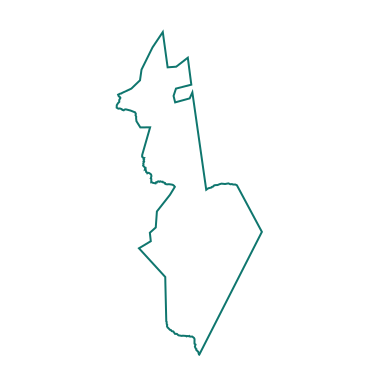 the district of Imbonggu District, Southern Highlands, Papua New Guinea, rotated 83°
{"feature_id": "67681753B40256229749398", "entity_name": "Imbonggu District", "entity_type": "district", "adm_level": 2, "iso_a3": "PNG", "parent_name": "Papua New Guinea", "parent_adm1": "Southern Highlands", "projection": "orthographic", "projection_center": [143.894, -6.148], "detail": "fine", "context": "isolated", "style": "outline", "palette": "teal", "viewbox_px": 384, "rotation_deg": 83, "n_neighbors": 0, "source": "geoboundaries", "source_scale": "gbopen_adm2", "svg_char_len": 2072}
<svg xmlns="http://www.w3.org/2000/svg" viewBox="0 0 384 384"><g transform="rotate(83 192 192)"><path d="M354.3,204.6L285.6,158.2L240.1,127.5L205.0,141.1L190.8,146.6L189.9,148.0L189.6,150.3L189.0,151.4L189.0,153.0L187.9,154.8L188.1,158.2L187.3,161.7L187.6,163.6L188.2,165.8L188.0,168.3L188.3,169.5L189.1,170.2L189.4,171.7L189.9,172.1L190.3,175.4L191.5,177.6L93.2,179.5L98.8,182.9L101.0,197.8L94.4,198.6L87.4,195.3L85.4,179.6L58.2,179.8L65.7,192.4L65.3,201.0L29.7,201.5L43.7,213.6L64.4,227.2L74.8,230.0L82.0,239.6L85.2,249.5L85.6,250.0L85.6,251.2L86.4,253.5L88.2,253.0L88.5,252.3L89.9,251.6L91.8,253.0L93.7,253.2L94.9,254.7L96.7,256.1L99.1,256.5L100.3,255.0L100.3,253.4L101.2,251.6L102.0,251.2L102.6,249.8L102.0,249.0L101.9,247.6L103.7,243.0L104.7,241.2L106.0,238.8L107.6,238.2L108.9,238.7L110.4,238.2L112.0,238.5L115.0,238.5L121.6,235.4L122.7,225.7L149.1,236.9L150.9,237.2L152.0,236.3L152.4,235.3L153.4,236.1L154.2,235.6L155.7,236.4L156.1,235.9L157.7,236.9L158.9,236.8L159.8,237.3L160.8,236.7L162.2,235.5L163.5,235.9L163.1,235.2L165.1,235.3L165.5,235.1L166.5,235.1L167.3,234.3L167.9,234.1L167.5,233.4L168.1,232.0L169.6,230.5L171.2,230.3L172.3,230.8L173.0,230.9L173.5,231.3L174.2,230.8L177.4,231.3L177.4,230.6L178.1,229.8L179.0,227.1L178.1,226.6L178.3,225.8L177.7,225.4L177.3,224.2L177.9,223.2L177.5,222.3L178.1,221.3L178.2,219.9L178.8,219.7L179.1,218.9L179.8,217.7L180.4,217.8L181.1,216.8L181.4,215.5L181.4,214.5L181.6,213.2L182.3,210.8L182.7,210.0L183.7,209.0L184.8,208.4L192.1,214.2L207.0,229.2L222.8,232.3L227.3,238.8L235.8,238.9L241.4,251.5L273.1,228.9L276.0,229.2L278.8,229.5L317.3,233.3L317.7,233.0L319.9,233.2L320.8,232.8L322.1,233.2L323.6,232.7L323.9,232.3L326.1,230.7L326.4,229.8L327.6,229.1L328.2,227.5L330.7,226.2L331.0,224.3L332.6,222.9L333.6,219.6L333.5,218.6L334.1,215.7L334.6,215.1L334.3,214.5L334.7,213.2L334.5,212.2L335.3,211.6L335.5,209.4L337.1,207.8L338.3,207.4L341.1,207.8L342.9,208.0L343.8,207.1L345.9,208.0L348.2,207.2L348.5,206.8L349.5,206.9L351.3,205.3L352.9,205.1L354.1,204.9L354.3,204.6Z" fill="none" stroke="#0f766e" stroke-width="2"/></g></svg>